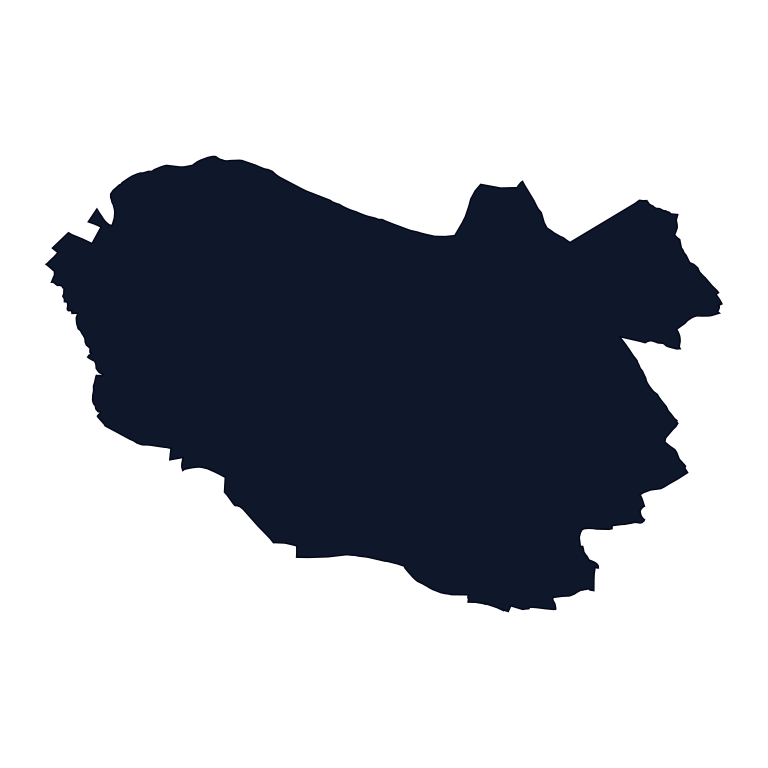 Leliceni, Harghita, Romania
{"feature_id": "2599482B31313199179337", "entity_name": "Leliceni", "entity_type": "district", "adm_level": 2, "iso_a3": "ROU", "parent_name": "Romania", "parent_adm1": "Harghita", "projection": "natural_earth1", "projection_center": [25.877, 46.341], "detail": "fine", "context": "isolated", "style": "filled", "palette": "ink", "viewbox_px": 768, "rotation_deg": 0, "n_neighbors": 0, "source": "geoboundaries", "source_scale": "gbopen_adm2", "svg_char_len": 6040}
<svg xmlns="http://www.w3.org/2000/svg" viewBox="0 0 768 768"><path d="M451.2,594.6L468.2,594.8L467.9,597.6L468.6,599.6L468.1,601.2L468.1,602.1L475.3,602.2L482.7,603.4L485.4,604.2L485.3,603.6L496.9,607.5L503.7,610.6L504.0,610.1L508.2,611.5L510.8,605.8L522.4,609.3L523.7,609.3L524.7,609.0L528.8,608.7L529.6,607.4L530.4,607.1L536.3,607.5L545.9,608.7L553.5,609.4L555.6,609.3L555.7,608.3L555.3,605.9L554.9,603.9L553.0,600.5L552.8,599.7L552.8,597.6L553.1,597.4L562.6,596.2L569.2,595.9L570.6,595.5L574.3,594.0L577.5,591.9L580.9,590.1L582.8,590.0L584.5,589.5L585.8,589.4L588.6,588.7L590.0,590.0L593.8,590.6L593.9,579.9L594.1,574.4L595.0,567.6L598.3,568.0L598.3,566.2L597.7,565.0L596.4,563.5L593.8,561.9L589.0,560.0L587.0,556.4L585.4,554.4L583.8,551.9L583.4,549.4L582.7,546.4L580.2,546.5L580.1,544.4L579.2,537.4L580.4,532.6L582.0,529.7L584.1,528.7L588.0,528.3L592.4,528.4L596.7,529.0L608.8,529.3L612.0,528.7L612.1,525.6L621.8,524.4L624.5,524.3L631.4,523.1L634.8,522.3L637.9,522.6L640.1,523.0L642.2,522.4L644.1,520.7L644.5,519.7L642.8,518.4L641.5,516.5L640.6,514.3L640.1,511.3L640.3,510.4L641.5,508.5L643.3,506.7L644.4,506.3L642.1,499.0L640.6,495.8L640.0,494.8L643.2,492.7L650.6,489.9L660.6,488.6L663.8,487.1L669.3,483.7L677.4,479.1L687.6,472.6L684.8,468.2L685.5,466.1L679.2,459.1L676.7,452.6L674.8,449.6L669.8,446.2L664.8,442.0L665.5,438.3L666.2,437.2L673.2,429.0L675.7,426.7L677.8,423.3L676.6,422.1L677.0,420.7L674.6,418.8L670.7,413.7L668.1,410.7L666.3,406.7L661.2,400.4L658.5,396.6L657.3,394.4L653.5,391.6L649.8,387.0L647.2,382.9L646.3,380.8L645.5,377.6L643.8,374.3L642.5,371.2L640.2,368.3L638.5,364.2L637.9,363.3L637.1,360.8L634.9,357.8L633.3,355.9L629.7,350.4L626.1,345.2L619.6,336.6L640.6,341.4L645.2,342.7L647.6,341.3L650.9,340.6L654.1,341.4L658.0,342.9L663.3,343.3L666.7,346.1L669.7,347.1L676.7,348.9L680.2,348.7L679.4,347.4L679.3,345.9L680.1,341.5L680.0,338.3L679.6,335.9L678.3,332.3L676.5,329.3L685.1,323.1L687.5,320.5L691.5,317.8L694.4,316.5L696.9,315.8L702.2,316.0L708.5,315.9L711.5,315.5L719.4,313.1L717.4,311.6L718.3,310.3L719.2,307.9L719.3,307.2L719.2,306.4L718.6,305.4L721.9,303.9L721.4,302.7L719.6,299.6L717.1,296.0L715.9,294.5L718.5,292.6L717.2,290.9L711.8,285.6L705.2,277.8L702.7,275.5L699.5,272.0L697.7,267.9L693.9,264.5L689.6,262.6L686.1,255.3L683.8,252.5L683.0,250.3L681.3,247.8L679.7,239.6L676.7,237.3L674.6,234.9L676.1,231.0L677.2,227.7L677.1,224.6L676.2,220.2L677.7,214.6L670.3,213.9L669.7,212.5L667.4,211.8L665.5,210.8L663.8,210.8L659.5,208.6L656.8,208.5L655.7,208.2L653.9,207.0L652.7,205.9L651.7,205.6L649.4,204.3L646.8,200.6L643.3,200.8L639.4,200.3L634.9,203.6L571.2,241.8L570.1,242.6L566.5,240.2L563.4,237.8L559.9,236.3L554.3,233.1L550.6,230.4L546.9,228.0L544.1,222.6L541.3,212.7L538.1,208.9L536.6,206.2L533.8,200.5L524.3,184.8L522.5,181.4L521.0,182.5L518.3,185.7L517.1,187.7L500.7,188.1L480.7,184.4L475.2,190.9L470.8,199.0L469.1,205.6L465.4,216.6L462.3,222.8L454.8,235.6L447.3,236.4L445.3,236.6L434.8,236.4L425.7,234.4L419.2,232.7L418.3,232.3L410.0,230.4L393.3,224.2L385.4,221.1L382.3,219.6L378.6,219.5L374.6,218.0L369.0,216.7L366.0,215.8L360.6,213.8L356.0,211.8L351.0,210.2L346.2,208.2L342.2,206.2L339.1,204.3L337.6,204.0L332.6,202.1L330.2,200.4L306.5,191.2L301.6,188.8L279.5,177.2L275.9,174.7L272.3,171.4L268.0,169.6L265.2,169.1L264.0,168.8L258.9,166.7L255.5,165.2L242.1,160.6L239.7,160.3L230.7,160.6L226.9,161.0L224.1,160.7L222.2,159.9L220.1,159.4L218.1,158.3L216.0,156.8L215.0,156.5L212.8,156.5L208.2,157.4L200.8,160.1L197.4,161.8L193.8,164.3L193.0,165.0L192.2,165.4L184.5,166.9L182.1,167.0L179.8,167.0L166.5,165.4L163.2,166.2L160.6,167.1L155.2,169.3L153.6,170.1L152.9,170.9L151.4,171.4L149.5,171.5L148.8,171.3L143.0,173.0L140.6,173.0L137.1,174.0L135.8,174.6L132.4,176.0L128.1,178.6L122.1,182.7L121.4,183.8L120.7,184.4L119.4,184.9L113.2,190.4L110.7,194.0L110.7,196.2L110.8,197.9L111.4,199.5L112.1,202.4L113.2,204.5L114.3,208.6L114.7,210.8L114.7,214.4L114.4,216.3L114.5,217.5L112.6,224.0L111.7,225.7L109.2,224.8L107.3,223.4L105.0,221.2L103.1,218.7L101.3,215.8L99.2,212.8L96.9,209.0L88.3,221.8L94.0,223.8L97.3,225.2L101.1,227.0L92.0,243.6L83.2,239.4L71.8,234.7L68.5,232.7L52.4,248.1L58.0,252.6L54.3,256.7L49.8,260.9L47.2,263.6L46.1,264.3L48.8,266.4L53.7,270.7L54.4,271.1L54.5,275.4L53.7,276.6L53.2,278.0L51.5,282.2L53.3,282.2L57.0,285.2L58.1,285.5L59.5,285.2L61.0,285.8L61.7,285.8L63.0,287.9L64.0,288.1L63.8,293.7L62.8,296.2L64.4,298.9L64.4,301.7L66.5,301.8L67.5,302.7L67.7,304.7L67.7,306.8L67.3,308.2L67.4,309.7L68.5,310.7L71.6,310.6L72.0,313.4L75.4,313.3L77.6,313.1L77.3,313.6L77.5,314.6L76.4,317.3L76.3,318.8L76.7,323.4L78.2,328.7L80.5,330.6L82.1,333.7L82.9,334.7L84.5,337.5L85.0,338.9L85.2,341.9L86.3,344.9L90.1,348.3L89.9,352.2L91.1,352.8L89.7,355.3L88.7,355.4L88.4,356.3L87.7,357.0L88.4,357.8L93.0,360.4L94.5,360.9L95.8,363.8L96.1,366.0L96.2,368.3L98.1,371.1L99.0,372.2L101.4,373.8L102.9,374.4L101.7,376.1L99.5,375.5L97.8,375.7L96.7,375.3L96.4,375.4L96.0,376.3L94.6,382.6L93.5,386.0L93.6,389.8L93.5,391.6L92.8,395.1L92.6,400.1L93.0,402.0L93.8,404.1L95.2,405.4L95.9,409.0L98.1,411.7L100.1,411.7L100.4,413.1L98.5,414.7L97.6,415.9L97.5,416.6L104.2,424.1L105.1,425.8L130.0,439.2L133.7,440.8L137.0,443.0L140.4,444.2L142.5,444.8L148.1,444.9L150.9,445.2L163.6,447.1L166.8,447.4L169.2,448.0L171.1,448.2L170.6,452.0L169.8,459.8L183.1,457.4L181.9,463.6L181.8,465.2L181.9,467.5L182.8,470.5L184.4,469.3L188.3,468.4L192.5,467.6L196.6,467.1L199.2,467.0L202.3,467.4L207.6,468.7L215.9,472.4L225.3,477.3L224.5,492.1L227.1,495.0L233.2,503.5L234.6,505.2L235.0,505.5L236.8,505.6L239.8,506.5L242.9,508.9L257.9,525.8L270.1,538.4L273.5,542.7L275.3,542.6L284.7,543.0L287.7,543.6L295.2,545.4L296.8,546.0L296.8,553.0L296.6,557.2L308.0,557.4L327.9,556.8L346.0,554.7L347.2,554.7L352.8,555.2L354.7,555.2L358.4,556.0L366.1,556.9L369.4,557.5L384.5,561.0L387.8,561.4L397.7,563.9L404.2,566.1L405.1,568.2L408.2,571.9L409.5,573.3L412.7,577.0L415.9,580.0L416.4,580.2L416.8,580.7L417.7,581.4L422.4,583.6L427.2,586.3L430.1,588.1L433.1,589.6L441.1,592.7L445.0,593.5L449.0,594.0L451.2,594.6Z" fill="#0f172a" stroke="#020617" stroke-width="1.5"/></svg>